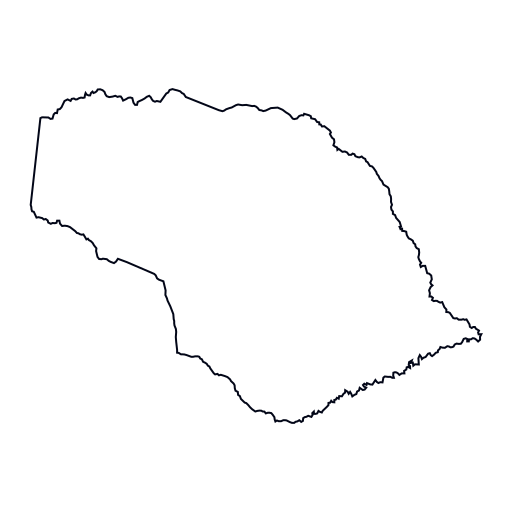 Jaraguari, Mato Grosso do Sul, Brazil (Equal Earth projection)
{"feature_id": "56859067B2748289037415", "entity_name": "Jaraguari", "entity_type": "district", "adm_level": 2, "iso_a3": "BRA", "parent_name": "Brazil", "parent_adm1": "Mato Grosso do Sul", "projection": "equal_earth", "projection_center": [-54.287, -20.248], "detail": "fine", "context": "isolated", "style": "outline", "palette": "ink", "viewbox_px": 512, "rotation_deg": 0, "n_neighbors": 0, "source": "geoboundaries", "source_scale": "gbopen_adm2", "svg_char_len": 6003}
<svg xmlns="http://www.w3.org/2000/svg" viewBox="0 0 512 512"><path d="M218.9,110.2L185.8,97.0L183.7,93.9L182.0,93.1L180.3,91.4L177.4,90.4L174.9,89.8L172.5,89.1L169.6,90.0L168.2,92.5L166.3,93.5L160.4,101.8L156.8,101.0L155.0,101.7L153.1,100.9L151.9,99.4L150.7,97.2L149.2,95.8L146.8,96.8L144.6,98.5L141.9,100.0L139.2,101.2L137.7,102.0L137.0,104.9L135.1,104.9L133.5,102.7L132.3,98.1L130.3,97.5L128.3,97.8L126.0,99.2L123.1,100.6L122.1,98.4L120.8,96.5L119.1,96.4L117.6,96.9L115.3,95.8L112.6,96.6L109.2,97.1L106.7,96.2L105.4,94.3L104.5,91.9L102.6,90.2L100.2,89.3L97.7,89.5L96.7,91.2L95.3,92.3L93.5,93.0L92.5,91.6L91.0,93.0L90.1,95.4L88.6,95.4L86.8,94.7L85.6,93.0L85.0,94.9L84.6,97.5L83.0,97.9L81.0,97.6L78.8,98.3L77.2,99.3L75.6,99.5L73.9,98.5L71.7,98.9L70.6,100.9L67.6,99.4L64.5,101.0L61.5,107.3L59.8,109.1L57.7,109.5L57.0,113.1L55.2,112.9L53.7,114.4L52.5,118.6L50.5,118.9L48.4,117.5L42.1,117.3L40.4,118.1L30.7,204.9L31.3,207.0L31.5,209.4L32.1,211.3L33.8,211.8L36.5,217.6L38.5,217.2L42.2,218.1L43.9,219.5L45.7,219.0L47.7,220.5L48.2,222.5L50.8,223.8L52.6,223.0L54.9,223.2L56.5,222.8L57.1,220.7L59.4,220.7L60.0,223.6L62.1,226.0L64.8,225.7L67.5,226.1L70.0,227.1L75.3,231.2L76.9,233.0L78.5,233.3L79.8,234.2L81.8,234.7L83.4,234.4L84.9,236.8L86.4,239.4L87.9,238.7L88.9,240.1L90.9,241.2L92.7,243.0L94.0,245.3L96.4,248.3L96.1,251.1L97.5,256.9L99.1,259.0L101.5,259.2L102.9,258.7L106.8,259.2L108.8,260.9L110.7,261.9L114.0,263.1L116.0,261.6L117.9,258.8L126.8,262.1L154.2,273.9L155.7,275.3L157.1,278.4L159.0,279.7L163.4,281.3L165.6,290.4L165.4,295.0L167.0,298.5L167.5,300.5L170.3,306.3L173.3,314.1L173.7,319.1L174.2,321.0L174.2,323.4L174.5,325.5L175.9,329.0L176.2,332.0L175.8,337.0L176.2,341.9L177.1,349.9L177.1,352.7L178.7,352.9L180.9,354.3L184.1,354.4L186.4,355.0L191.3,356.8L193.0,356.8L195.3,356.3L197.7,356.3L199.3,356.8L200.2,358.5L201.9,359.3L203.1,361.8L204.9,362.6L206.7,363.8L207.9,365.7L209.4,366.5L210.3,368.4L213.8,373.3L215.1,374.4L217.5,373.9L218.9,375.3L220.8,374.8L224.7,376.0L227.5,377.1L230.1,379.4L231.0,381.1L233.6,383.5L234.6,385.3L234.8,388.2L235.5,390.7L237.8,391.9L238.1,394.9L239.9,396.1L240.9,398.9L244.7,402.6L246.3,403.1L248.3,405.1L250.0,407.2L252.1,409.2L255.3,411.5L257.3,410.9L259.5,410.6L261.3,410.7L262.7,411.5L264.4,411.6L265.8,413.4L267.5,412.8L269.2,412.7L271.3,413.1L272.8,414.9L274.4,417.2L274.7,419.5L275.4,421.5L276.9,420.5L278.7,421.2L281.1,421.2L283.3,420.2L285.0,420.2L286.5,420.4L289.9,422.1L292.0,422.9L294.2,422.9L295.5,421.8L297.4,421.4L299.3,420.2L301.2,421.9L302.9,420.9L303.2,418.1L304.8,417.1L306.4,416.8L308.2,415.8L311.4,416.9L312.5,415.1L312.3,413.1L313.8,411.6L314.0,413.9L315.6,413.9L317.2,413.4L318.5,410.9L319.8,411.8L321.8,412.5L322.7,410.8L326.8,406.9L328.4,405.2L328.5,402.9L330.1,402.7L331.2,400.8L332.4,402.1L334.3,402.3L334.3,400.0L335.8,399.6L336.9,397.8L338.7,398.7L339.2,396.1L341.9,396.3L343.5,393.8L345.1,392.6L345.2,390.2L347.6,391.7L348.7,393.8L350.1,391.9L351.2,393.7L352.3,396.4L354.5,394.8L356.3,394.1L357.1,391.5L359.0,390.5L359.7,387.8L362.8,390.0L364.6,389.6L366.2,387.7L363.9,386.5L363.0,385.0L364.3,383.7L366.5,384.9L367.0,383.1L370.2,384.4L372.4,384.6L375.4,380.0L376.8,381.9L378.4,383.0L380.3,382.2L382.5,382.4L383.4,377.6L384.8,376.5L388.3,376.9L390.3,376.8L392.3,377.8L393.9,377.8L393.2,375.5L393.4,372.7L395.0,372.2L396.6,372.5L398.0,373.4L399.4,374.9L401.7,373.4L404.4,373.4L404.1,370.9L406.3,369.5L406.7,367.3L408.2,366.9L410.1,368.0L410.0,366.0L408.7,364.9L409.1,362.1L411.8,360.5L411.0,362.9L412.8,362.6L413.3,365.7L415.0,364.3L418.8,364.5L418.4,358.2L419.8,355.1L421.1,356.8L421.9,359.1L423.4,357.8L425.6,357.0L428.1,353.7L429.8,353.2L430.7,355.1L432.1,356.1L434.1,354.6L435.7,352.8L437.8,352.2L438.0,350.4L439.6,349.0L440.4,347.0L442.3,347.6L444.9,347.8L447.3,346.2L449.0,346.5L450.4,347.3L451.9,347.2L453.5,346.6L454.7,344.5L456.6,343.6L458.5,343.9L460.8,343.8L462.1,342.2L463.7,338.9L465.7,338.3L467.3,339.0L467.2,341.4L468.8,341.4L469.0,339.3L471.0,339.3L472.8,338.2L474.6,338.5L476.3,339.7L478.1,341.5L480.1,339.7L480.0,336.8L481.3,334.2L478.6,334.3L478.1,332.4L479.0,330.6L475.9,328.7L474.9,327.0L473.2,327.0L471.7,328.0L469.9,326.8L469.5,324.4L466.5,319.4L464.7,319.8L463.2,319.2L461.4,319.7L458.7,319.7L456.8,318.2L455.0,318.5L453.3,318.1L449.8,312.9L448.4,312.2L446.3,312.0L446.4,309.5L444.4,307.3L442.2,302.1L440.2,302.6L438.4,301.8L437.1,300.9L435.6,300.8L433.7,301.1L432.0,300.0L432.9,297.8L431.3,296.5L429.5,296.5L429.9,293.2L429.1,290.3L430.6,287.1L432.5,285.4L431.1,284.2L430.3,282.6L431.8,279.3L431.2,275.5L429.2,273.7L427.2,273.2L425.2,265.9L422.6,265.9L420.8,267.0L420.0,264.6L421.2,262.8L420.0,261.4L418.8,258.9L418.3,257.1L418.9,255.1L419.2,252.5L418.8,249.2L416.7,248.1L415.5,246.4L415.2,244.3L413.6,243.1L412.8,240.7L410.8,239.3L408.8,238.4L407.5,236.4L406.7,234.7L406.2,231.7L404.3,231.1L402.2,230.9L402.1,228.9L400.5,229.2L399.6,226.9L401.1,226.7L399.7,222.0L396.1,217.9L395.1,215.1L392.9,213.9L392.9,211.4L391.4,209.6L391.0,207.0L392.0,204.8L391.0,201.9L391.1,199.0L390.8,196.3L389.5,194.2L389.2,191.0L388.8,188.7L387.7,187.2L383.5,184.6L382.0,181.1L380.7,179.9L379.6,178.4L378.5,175.9L376.8,173.8L376.3,172.0L373.4,167.8L372.0,166.4L369.9,165.9L367.5,162.1L366.1,161.4L365.2,158.9L363.3,158.0L361.7,156.5L359.5,157.4L357.9,157.2L355.4,156.2L354.4,154.2L352.6,153.6L351.3,154.8L348.8,154.8L347.1,152.5L344.9,151.5L342.4,151.8L338.7,148.9L337.4,149.9L337.1,147.5L335.1,146.6L333.4,145.3L334.4,142.2L334.0,139.3L332.0,137.7L329.9,134.0L330.9,132.5L329.9,130.6L324.3,126.2L322.0,126.5L320.7,124.5L319.3,124.4L319.2,122.3L317.1,122.0L315.1,119.2L311.2,118.3L310.8,116.2L308.9,115.2L304.1,113.8L303.4,115.4L301.5,115.2L299.2,116.0L297.0,118.5L294.2,119.1L292.7,118.6L290.0,115.1L288.3,113.8L286.0,112.4L282.6,109.8L277.7,107.6L270.9,108.1L265.6,110.6L263.2,111.1L261.6,110.4L259.3,110.0L257.8,108.1L256.2,106.7L254.3,105.9L252.2,106.1L246.3,104.9L242.2,105.2L238.1,104.5L235.9,105.2L231.7,107.5L229.4,108.1L226.1,109.3L224.2,110.6L222.5,111.2L218.9,110.2Z" fill="none" stroke="#020617" stroke-width="2"/></svg>